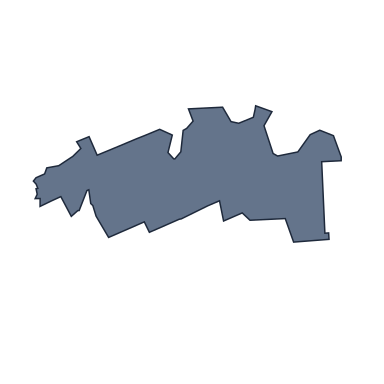 outline of Hampshire, Massachusetts, United States of America, rotated 165°
{"feature_id": "52423323B42715000983787", "entity_name": "Hampshire", "entity_type": "district", "adm_level": 2, "iso_a3": "USA", "parent_name": "United States of America", "parent_adm1": "Massachusetts", "projection": "robinson", "projection_center": [-72.588, 42.37], "detail": "fine", "context": "isolated", "style": "filled", "palette": "slate", "viewbox_px": 384, "rotation_deg": 165, "n_neighbors": 0, "source": "geoboundaries", "source_scale": "gbopen_adm2", "svg_char_len": 1071}
<svg xmlns="http://www.w3.org/2000/svg" viewBox="0 0 384 384"><g transform="rotate(165 192 192)"><path d="M63.0,216.8L79.4,203.3L100.0,204.6L103.7,208.2L105.3,237.4L94.0,248.9L108.2,258.8L109.6,255.6L113.4,248.3L129.1,246.3L136.1,249.9L140.5,266.0L173.9,273.2L172.6,260.2L180.7,254.8L184.6,253.8L192.4,233.7L200.0,228.4L201.1,228.8L205.0,236.3L196.3,252.1L207.0,260.9L214.5,259.9L223.7,258.7L231.5,257.8L258.8,254.1L274.1,252.1L277.1,272.1L290.4,270.4L288.1,262.8L298.2,257.1L299.0,256.9L313.9,251.9L326.0,252.9L329.7,247.6L338.9,246.2L342.4,243.6L340.5,239.9L340.0,235.4L341.8,235.5L342.1,229.9L345.2,226.2L340.4,225.0L342.5,217.4L330.5,219.7L319.9,221.5L314.9,199.7L307.1,203.6L305.8,203.3L293.1,220.6L291.1,220.9L292.8,207.0L291.3,204.6L290.9,193.5L284.3,169.7L245.8,175.5L243.6,164.1L224.4,167.0L211.3,169.0L209.4,168.8L180.2,174.6L167.7,176.4L169.0,155.8L148.9,158.8L143.3,149.7L108.8,142.2L106.8,117.3L71.9,110.8L70.6,117.1L74.3,117.8L58.9,187.7L39.8,183.6L38.8,187.2L40.8,209.8L52.6,218.6L63.0,216.8Z" fill="#64748b" stroke="#1e293b" stroke-width="1.5"/></g></svg>